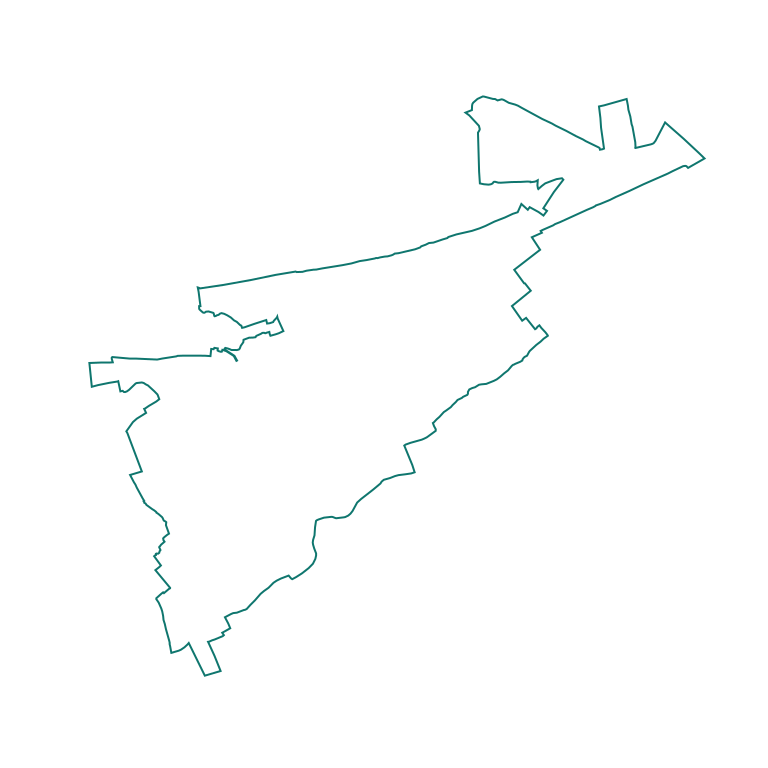 the district of Stefan Cel Mare, Vaslui, Romania, rotated 276°
{"feature_id": "2599482B71455353964024", "entity_name": "Stefan Cel Mare", "entity_type": "district", "adm_level": 2, "iso_a3": "ROU", "parent_name": "Romania", "parent_adm1": "Vaslui", "projection": "orthographic", "projection_center": [27.601, 46.727], "detail": "fine", "context": "isolated", "style": "outline", "palette": "teal", "viewbox_px": 768, "rotation_deg": 276, "n_neighbors": 0, "source": "geoboundaries", "source_scale": "gbopen_adm2", "svg_char_len": 6157}
<svg xmlns="http://www.w3.org/2000/svg" viewBox="0 0 768 768"><g transform="rotate(276 384 384)"><path d="M682.5,568.8L671.2,571.4L661.5,573.1L641.1,578.2L640.3,576.7L639.6,574.3L641.1,573.8L641.7,572.8L646.6,559.3L648.0,556.3L650.6,549.0L654.8,538.8L658.9,527.6L660.6,523.8L664.1,513.7L673.0,492.2L674.8,488.1L675.6,485.2L676.7,478.7L678.9,473.7L679.3,472.3L679.4,471.2L677.9,467.3L679.0,464.7L678.9,462.5L680.3,453.5L680.3,452.2L677.3,447.2L673.1,443.3L671.6,442.6L669.7,442.5L665.6,442.8L662.4,436.7L660.0,440.8L650.7,451.4L647.5,452.6L646.1,452.3L643.8,451.2L605.0,456.4L593.5,458.4L593.1,462.5L593.2,467.2L593.8,469.4L594.8,471.0L596.1,471.7L596.6,472.3L596.7,473.6L596.2,476.6L596.4,479.2L598.2,490.0L599.3,499.1L600.3,505.2L600.5,508.5L600.0,508.7L600.9,512.5L601.5,513.9L602.7,515.6L597.6,515.8L594.5,516.7L594.0,517.1L597.5,520.3L600.4,523.4L604.2,530.9L605.8,534.2L607.2,539.5L605.9,541.0L592.7,532.9L575.4,524.1L573.2,528.0L568.2,525.0L571.2,519.7L575.1,510.4L572.3,508.8L577.4,501.8L568.8,499.0L566.7,494.3L562.2,486.8L557.1,476.9L551.8,468.4L548.8,462.8L545.5,455.5L540.3,440.3L536.9,432.6L535.8,431.8L533.8,427.0L529.8,418.4L528.9,414.0L526.9,410.9L524.8,406.6L523.6,405.7L521.2,400.8L515.6,384.7L514.8,381.0L513.7,379.7L512.8,378.1L511.3,374.2L510.8,371.4L509.5,366.9L508.5,364.4L508.5,363.0L507.9,361.8L505.4,353.6L503.7,347.0L500.5,339.0L497.8,330.1L492.5,310.5L490.7,304.6L490.3,301.9L488.6,295.2L487.0,291.1L486.2,285.4L486.6,284.4L481.1,264.5L473.7,241.4L465.8,214.2L459.8,190.9L460.1,190.6L460.5,188.7L456.3,190.0L442.3,193.3L442.1,192.0L439.6,192.3L439.0,192.6L438.2,193.6L436.2,196.4L436.0,197.6L436.6,198.7L437.3,199.4L437.8,201.9L436.9,206.8L436.5,207.2L434.0,208.1L433.7,208.4L434.0,209.5L434.8,210.5L435.5,212.3L436.8,213.5L437.5,215.0L437.1,217.7L435.9,221.0L434.1,224.8L431.6,228.2L430.4,231.1L427.7,234.6L427.1,236.0L425.0,237.0L425.8,239.3L430.4,249.1L435.3,260.2L431.9,261.4L432.5,263.9L434.0,267.3L435.3,267.8L438.9,270.5L439.8,270.8L438.0,271.4L426.1,278.4L423.5,274.1L422.1,271.1L420.1,266.0L421.8,265.1L423.8,264.5L422.7,261.8L422.2,261.1L422.1,260.4L422.4,259.4L422.1,257.7L421.0,256.3L418.5,252.0L417.1,251.3L416.4,248.5L416.0,245.1L413.3,239.7L410.8,239.7L407.1,237.6L404.1,236.8L403.1,236.0L402.4,234.2L401.9,228.7L402.5,226.9L403.0,224.8L403.3,222.4L402.4,221.7L401.8,221.7L396.4,232.3L392.0,235.4L391.6,234.8L395.6,232.1L396.4,231.3L400.2,223.7L401.1,219.7L399.2,219.3L399.0,218.3L399.4,216.1L399.9,215.0L402.0,215.0L402.2,211.5L400.8,210.9L400.8,208.5L393.6,208.5L393.4,203.0L393.0,198.8L391.1,180.7L390.4,175.7L389.8,174.7L386.1,160.7L384.6,155.9L383.3,134.1L382.7,128.9L382.4,111.0L381.8,110.5L380.6,110.6L377.2,112.0L376.6,108.5L375.8,100.6L374.1,88.8L350.7,93.7L353.0,99.7L356.4,110.5L358.6,118.6L359.0,119.4L349.1,122.6L349.9,124.8L348.9,126.1L348.9,127.3L349.8,129.1L351.6,131.1L358.5,136.9L359.1,137.9L360.2,143.0L359.9,144.9L358.7,147.2L357.9,149.4L352.8,156.3L349.9,159.8L348.8,160.4L345.4,162.1L342.8,159.4L337.6,152.4L334.6,148.9L334.2,148.1L330.4,150.4L323.7,141.8L319.9,138.3L310.0,132.7L308.4,133.9L271.7,152.3L267.0,141.0L260.1,145.6L258.0,147.3L255.2,148.9L245.2,155.8L243.4,157.2L242.6,157.1L242.5,157.8L240.9,157.9L240.2,159.4L238.9,160.4L235.3,166.6L234.4,168.5L233.1,170.6L232.6,171.1L232.3,171.1L231.2,173.2L228.4,177.2L227.4,178.0L225.4,179.1L225.1,179.4L224.4,181.1L223.8,181.9L220.8,181.9L212.7,185.8L211.1,183.9L208.6,181.4L207.4,180.5L205.6,181.0L204.2,182.2L200.9,179.1L199.3,178.2L198.7,177.6L198.1,177.5L195.6,179.0L195.2,179.0L194.3,178.3L192.6,178.1L191.6,177.0L191.6,175.4L191.2,174.9L190.1,175.1L189.6,174.2L188.7,173.4L180.2,181.1L178.3,179.5L175.0,176.1L158.9,192.6L158.5,192.6L157.6,191.4L153.0,187.0L153.7,186.1L153.0,185.5L152.7,185.0L147.2,180.0L146.3,180.0L143.0,182.8L137.4,186.0L134.7,187.2L130.2,188.6L126.3,189.4L122.4,191.1L117.6,192.7L106.0,197.3L103.9,198.0L103.2,197.9L100.6,198.8L94.4,200.6L97.3,207.7L98.5,209.8L101.3,213.1L104.4,215.8L106.0,216.9L75.2,236.3L81.5,251.5L96.0,243.8L109.2,236.0L109.5,237.1L111.1,239.8L112.2,242.3L116.4,250.0L117.5,251.0L119.7,249.1L125.0,256.6L129.6,254.1L135.4,250.2L139.3,256.0L140.4,258.0L141.2,261.6L144.6,268.3L144.8,269.2L145.8,270.9L150.2,274.1L155.4,278.3L162.4,283.2L165.6,286.3L169.2,290.4L174.8,294.9L177.2,297.8L179.8,301.9L183.5,309.2L181.0,311.8L180.3,313.1L180.6,313.6L182.8,316.8L187.1,322.2L193.0,328.3L197.8,332.1L202.9,334.0L206.3,334.4L208.4,334.2L213.1,331.8L216.7,330.3L218.9,329.7L221.6,329.8L226.2,330.7L234.3,330.4L240.7,330.7L241.4,331.3L242.4,333.0L244.8,338.3L246.4,345.6L246.4,346.8L245.6,349.7L245.5,350.5L247.2,358.0L247.6,359.3L249.4,362.2L251.5,364.2L254.4,366.0L263.3,369.7L267.3,373.3L277.9,384.3L284.7,390.9L286.6,391.8L288.7,393.8L291.1,399.8L293.6,404.6L294.9,408.0L296.4,414.5L297.9,420.4L299.4,423.7L306.4,420.6L324.9,410.6L326.0,411.8L328.3,416.6L332.6,427.4L334.0,429.9L335.4,432.1L342.8,440.3L344.4,440.2L347.3,438.2L350.3,436.7L351.1,437.6L354.4,440.1L357.0,442.5L362.3,446.4L364.3,448.8L368.0,452.9L370.2,454.4L373.7,457.4L375.8,458.8L378.3,462.9L379.5,464.0L381.9,468.0L383.1,468.5L384.9,468.3L387.5,469.4L389.2,472.2L390.3,474.9L393.2,478.6L393.8,480.7L394.8,485.7L398.6,492.9L400.4,495.7L403.4,498.9L407.2,502.4L410.5,505.9L415.4,509.2L416.6,510.4L417.0,511.4L417.7,512.3L420.3,517.1L421.8,519.1L422.9,519.2L424.5,520.1L425.6,521.0L427.1,523.3L431.0,524.9L432.2,525.6L438.9,531.5L442.6,535.4L445.7,538.0L449.1,541.9L449.8,541.5L452.3,539.1L456.3,534.5L458.6,532.4L456.9,530.6L455.2,529.7L454.3,528.5L464.6,518.4L461.4,514.8L474.9,503.1L492.1,520.2L498.8,513.7L498.8,512.8L511.2,501.6L533.8,525.2L545.4,515.7L550.9,525.2L552.6,523.8L553.7,525.5L559.5,535.7L560.9,537.4L563.3,542.0L578.4,567.6L581.6,573.4L583.2,575.7L583.7,576.0L585.7,580.3L590.6,589.3L594.3,595.1L601.6,607.8L609.7,621.1L623.0,644.4L625.8,648.7L631.9,658.7L632.4,660.6L632.4,661.5L632.1,662.2L630.7,663.8L641.8,679.2L646.3,673.5L659.2,656.4L673.5,636.2L654.2,628.6L651.7,627.0L651.0,626.0L650.2,624.3L645.0,609.4L645.1,609.2L646.4,609.3L650.8,608.6L654.9,607.4L665.9,604.2L668.2,603.1L675.8,601.0L682.3,598.4L686.3,597.5L692.8,595.5L684.1,573.7L682.5,568.8Z" fill="none" stroke="#0f766e" stroke-width="2"/></g></svg>